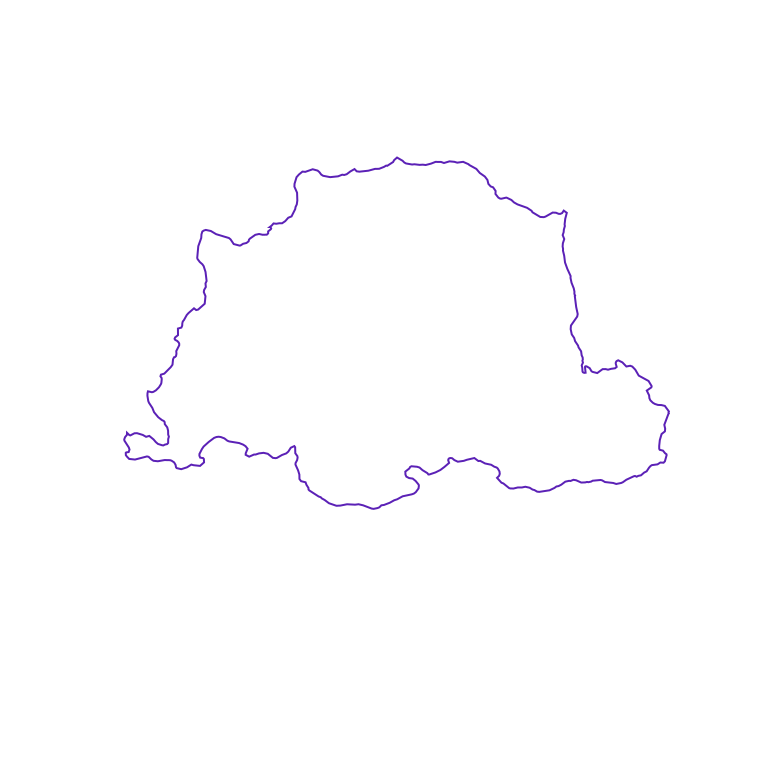 outline of Perez Zeledon, San José, Costa Rica, rotated 323°
{"feature_id": "36466004B81779324435882", "entity_name": "Perez Zeledon", "entity_type": "district", "adm_level": 2, "iso_a3": "CRI", "parent_name": "Costa Rica", "parent_adm1": "San José", "projection": "orthographic", "projection_center": [-83.71, 9.337], "detail": "fine", "context": "isolated", "style": "outline", "palette": "violet", "viewbox_px": 768, "rotation_deg": 323, "n_neighbors": 0, "source": "geoboundaries", "source_scale": "gbopen_adm2", "svg_char_len": 6166}
<svg xmlns="http://www.w3.org/2000/svg" viewBox="0 0 768 768"><g transform="rotate(323 384 384)"><path d="M360.6,470.0L362.1,472.1L362.9,476.0L365.0,481.3L365.0,483.0L365.9,483.6L371.9,485.6L377.3,486.6L382.3,486.6L388.5,486.2L389.4,483.5L390.2,482.8L391.5,482.6L392.8,483.3L393.8,484.4L394.4,487.1L396.2,490.5L401.5,493.4L404.6,494.4L411.6,497.5L413.0,502.3L414.6,503.3L416.9,508.3L421.0,513.0L422.3,516.4L423.7,518.5L424.0,519.9L423.6,523.3L422.4,525.4L420.7,526.6L417.8,527.0L418.4,533.5L419.5,535.3L421.3,542.5L422.1,543.5L424.5,545.4L428.7,547.2L431.8,549.6L435.0,551.1L437.9,554.5L439.1,557.7L440.3,559.2L441.5,562.1L443.1,563.6L452.2,568.5L457.6,569.6L460.0,569.6L462.0,570.6L465.0,571.1L470.0,571.1L473.5,572.7L474.6,573.7L477.6,574.5L479.5,576.5L482.2,581.4L485.5,583.7L487.2,584.4L488.1,585.4L490.7,586.6L492.4,586.8L499.2,591.0L500.2,592.2L501.5,595.3L507.5,601.0L509.3,603.6L513.9,605.8L515.7,606.2L519.9,606.3L527.9,608.0L529.1,608.5L530.0,610.1L531.8,610.4L534.3,611.6L538.4,611.3L541.2,611.8L545.4,610.3L547.6,609.9L549.1,610.0L554.1,612.8L557.4,613.0L559.9,615.1L561.8,614.8L566.9,610.9L567.3,610.1L566.8,608.4L566.7,605.1L564.6,602.5L564.8,601.4L566.5,599.1L570.5,594.8L575.6,591.0L579.8,590.9L581.6,589.0L583.3,585.3L593.2,579.0L593.8,578.9L594.2,577.8L595.0,577.4L595.1,570.5L592.9,567.8L590.2,565.6L588.3,562.9L587.4,560.7L586.9,557.3L587.4,555.1L588.9,552.6L589.9,547.4L595.4,547.6L596.1,547.2L596.5,546.6L597.1,540.8L592.5,530.6L593.3,523.8L592.8,519.5L591.6,517.6L588.1,515.9L587.4,510.2L585.3,506.0L583.5,505.7L582.2,506.2L581.3,507.2L580.1,510.4L578.0,510.5L574.4,508.5L571.5,507.4L570.0,505.5L567.5,503.7L560.9,503.6L557.9,499.9L557.4,498.7L557.8,495.1L556.4,491.8L555.7,491.2L555.1,491.1L554.5,491.8L551.8,496.3L550.6,495.6L549.9,494.3L550.1,493.4L552.1,490.4L553.1,488.1L555.7,486.7L556.5,484.8L557.5,484.1L558.6,482.4L559.1,480.1L561.1,476.5L561.4,471.9L562.1,470.1L562.4,464.8L563.6,461.6L563.8,457.4L566.1,452.5L568.5,449.8L578.9,446.4L580.8,444.7L583.8,438.2L589.3,428.6L589.8,428.5L590.3,426.6L591.7,424.8L593.1,421.8L594.7,416.0L596.8,411.5L598.0,410.1L599.7,402.4L601.7,395.9L605.1,390.0L607.2,385.2L608.3,383.9L609.4,381.7L611.5,379.3L615.2,376.7L616.3,372.6L618.8,370.9L620.6,368.9L623.5,366.7L624.3,365.2L628.2,361.1L633.0,357.3L631.9,353.7L629.1,354.7L627.1,354.2L625.9,353.2L624.4,350.7L621.9,348.6L613.7,347.5L612.0,346.9L609.3,344.6L605.9,336.2L606.1,334.5L604.3,329.4L598.7,320.9L597.1,317.2L596.5,313.7L594.3,309.4L593.8,308.7L589.3,306.7L588.3,305.8L587.5,304.0L587.4,299.3L589.3,297.0L589.5,292.6L588.1,290.4L587.8,287.0L589.4,283.3L589.4,279.0L587.5,273.1L587.2,267.8L583.9,260.4L583.8,259.4L580.9,254.2L575.7,251.3L573.9,248.9L570.3,245.6L564.9,243.6L563.2,241.0L558.8,237.6L554.2,236.3L549.1,234.2L547.0,232.2L544.3,230.4L540.5,226.8L538.5,225.6L534.3,221.1L533.5,219.3L533.2,216.9L530.7,211.0L526.8,211.3L524.9,212.2L517.9,211.7L517.2,210.9L514.6,210.6L509.6,209.2L506.3,206.8L499.8,204.2L492.1,199.6L490.2,197.7L489.8,194.6L485.1,194.0L480.4,194.0L478.0,193.1L476.6,191.7L472.3,190.5L465.5,186.4L460.7,181.1L459.9,179.0L459.9,175.8L459.4,173.6L456.3,169.6L448.8,167.2L446.7,165.3L442.1,165.5L438.6,166.2L433.0,170.3L431.2,172.5L429.7,178.9L425.2,185.3L422.4,188.1L419.9,189.4L418.3,190.9L411.0,194.5L407.6,193.6L403.1,194.5L399.3,194.3L397.1,192.6L394.4,191.2L392.4,189.3L389.6,189.9L387.3,189.9L387.8,190.3L387.5,191.9L386.7,192.3L383.3,192.4L382.1,194.0L380.3,194.2L376.9,191.8L374.5,189.0L371.0,187.4L364.3,187.2L363.0,187.5L361.7,188.6L359.0,188.6L355.8,187.2L352.8,187.0L351.9,186.5L348.2,181.8L348.5,176.1L348.0,174.1L340.1,163.3L337.8,157.6L334.4,153.7L332.4,153.0L330.7,152.9L328.3,154.6L325.9,157.4L318.6,162.2L310.7,170.9L310.3,172.0L310.3,175.7L311.0,179.1L310.9,181.4L308.9,187.1L304.3,195.0L302.0,196.2L300.1,199.3L297.0,200.6L295.4,202.1L294.3,206.4L289.1,212.0L280.3,212.7L278.5,211.9L277.8,209.2L270.5,209.7L268.0,210.2L262.8,212.5L260.9,213.0L259.5,214.1L257.9,216.0L256.1,217.0L252.8,215.7L248.9,221.0L245.2,221.1L243.9,221.9L243.8,223.1L244.8,225.3L245.0,227.4L244.7,228.6L243.8,229.8L237.9,232.7L236.4,235.0L234.7,236.5L233.3,236.7L232.4,236.3L230.4,237.3L226.7,241.3L223.8,242.2L214.8,243.5L211.5,242.3L210.1,243.3L210.0,245.4L209.2,246.6L206.8,249.2L205.7,249.9L202.3,251.2L198.1,251.8L195.1,251.5L193.7,250.9L191.1,247.8L189.6,249.0L188.0,251.0L185.5,255.7L185.0,257.5L184.6,263.7L183.4,268.1L183.7,274.7L184.9,279.1L185.9,281.1L185.9,282.4L184.8,284.1L184.8,288.2L183.5,291.3L181.2,294.5L180.5,296.6L178.5,298.1L176.1,301.2L174.7,301.5L172.4,300.5L170.9,300.3L170.0,299.5L167.4,295.8L166.8,293.0L166.6,289.6L165.3,284.2L162.2,283.0L160.7,279.5L157.2,274.7L155.1,273.2L150.5,272.4L149.9,271.6L149.4,268.3L148.1,269.9L145.2,270.6L143.2,271.9L142.6,273.0L142.0,281.1L141.3,283.2L139.1,284.7L137.0,283.5L136.3,283.6L135.0,285.5L135.0,287.3L135.4,290.5L139.7,294.5L151.1,299.2L152.2,300.5L152.8,304.2L153.7,306.6L156.9,309.6L163.0,312.7L167.3,316.1L168.2,317.4L169.2,320.3L168.9,323.1L167.8,325.3L167.8,326.4L170.8,330.0L176.6,332.0L181.6,332.4L183.1,334.3L187.8,338.7L193.1,338.3L195.0,335.5L195.0,334.4L192.9,332.2L193.4,330.2L194.5,328.8L199.4,326.4L202.3,325.4L209.1,324.8L215.9,324.8L218.3,325.5L220.2,326.6L221.8,328.2L223.8,331.4L224.8,335.1L225.8,336.7L232.8,344.0L235.0,347.6L236.0,350.3L236.1,353.6L231.9,356.1L230.9,357.3L232.6,360.9L237.7,362.1L239.1,363.1L242.4,364.2L246.4,366.5L249.2,369.8L250.8,376.1L252.8,378.0L254.1,378.6L259.8,379.3L264.2,380.6L266.9,380.4L271.2,378.8L275.0,379.6L275.0,381.0L271.5,385.9L271.4,389.5L270.7,390.8L268.8,392.5L265.8,393.9L264.8,395.1L263.4,401.3L261.9,405.4L259.3,409.0L259.3,411.7L262.2,415.3L261.4,417.8L261.1,421.5L260.2,422.9L260.3,424.1L264.1,434.5L265.3,436.3L265.5,438.0L266.8,440.9L268.3,446.1L272.7,452.6L275.9,454.8L282.1,457.8L288.3,463.0L291.3,464.7L294.3,468.3L299.2,476.1L300.6,477.5L304.2,479.2L306.1,479.7L308.9,479.3L311.2,480.6L317.1,482.3L322.2,483.0L325.1,484.0L331.3,484.9L339.7,488.8L341.9,489.5L344.3,489.5L348.7,488.2L350.6,486.3L351.1,485.2L350.9,480.5L350.0,476.8L347.4,474.2L346.1,471.4L346.6,469.3L348.3,466.8L353.4,466.7L354.9,466.0L356.4,466.2L360.6,470.0Z" fill="none" stroke="#5b21b6" stroke-width="2"/></g></svg>